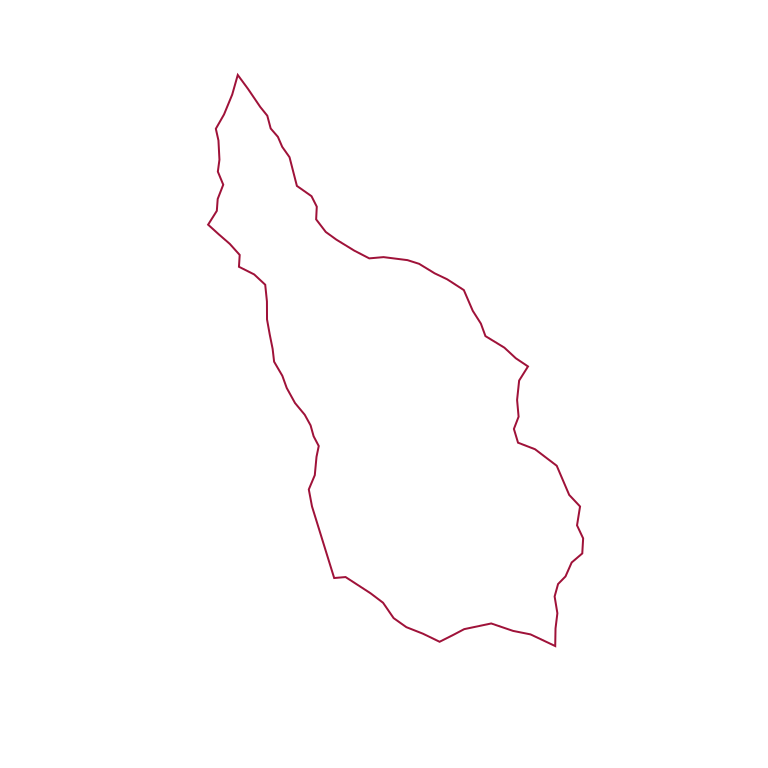 outline of Santa Salete, São Paulo, Brazil, rotated 118°
{"feature_id": "56859067B39961263989450", "entity_name": "Santa Salete", "entity_type": "district", "adm_level": 2, "iso_a3": "BRA", "parent_name": "Brazil", "parent_adm1": "São Paulo", "projection": "orthographic", "projection_center": [-50.728, -20.265], "detail": "fine", "context": "isolated", "style": "outline", "palette": "rose", "viewbox_px": 768, "rotation_deg": 118, "n_neighbors": 0, "source": "geoboundaries", "source_scale": "gbopen_adm2", "svg_char_len": 1282}
<svg xmlns="http://www.w3.org/2000/svg" viewBox="0 0 768 768"><g transform="rotate(118 384 384)"><path d="M300.9,265.1L299.4,279.7L295.4,294.8L294.1,316.9L285.2,326.8L277.7,340.0L263.6,357.6L261.9,377.4L262.5,391.3L261.4,409.4L263.6,421.4L272.2,444.0L280.0,456.0L280.2,472.9L278.9,493.9L277.1,506.8L270.5,521.2L259.0,526.6L252.2,536.2L250.0,553.9L228.1,573.9L222.4,585.2L215.6,593.7L211.6,604.0L201.9,613.0L197.5,623.3L187.3,642.6L179.8,658.2L199.7,653.9L221.1,651.8L237.6,652.3L246.7,644.5L263.2,634.6L274.5,630.4L283.5,619.5L298.7,617.7L309.6,612.9L325.9,614.1L329.4,600.2L332.7,585.9L337.8,572.0L348.6,567.1L348.2,550.1L352.1,535.5L366.1,526.1L381.9,517.6L394.1,508.0L405.3,498.8L415.9,491.5L424.5,477.6L433.2,468.0L442.6,453.6L448.4,439.5L455.0,429.4L463.2,421.6L469.4,412.5L480.0,409.4L497.0,402.3L512.4,400.9L525.9,390.1L578.7,336.9L572.5,327.3L575.1,297.6L577.6,282.1L586.2,265.6L588.2,250.1L586.2,232.5L585.5,213.9L572.5,204.7L562.8,198.1L545.1,176.9L541.4,154.1L536.3,137.1L535.0,109.8L519.3,117.8L505.0,123.3L491.5,133.6L478.9,136.4L468.7,133.4L453.5,134.5L440.5,129.4L426.8,135.7L418.2,147.2L400.1,153.4L395.0,168.4L375.1,193.1L370.7,220.0L372.9,238.1L362.7,248.2L349.7,249.8L335.6,259.0L317.5,266.3L300.9,265.1Z" fill="none" stroke="#9f1239" stroke-width="2"/></g></svg>